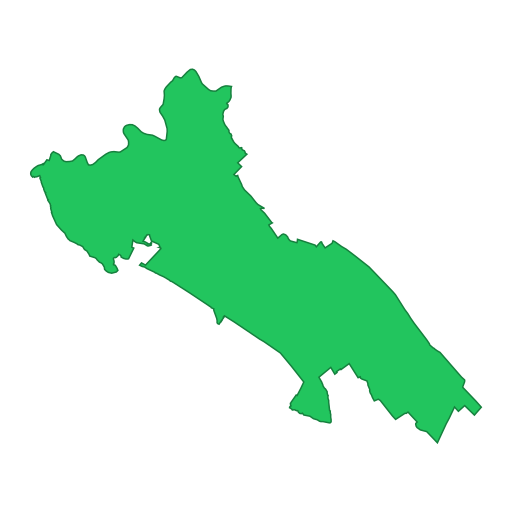 outline of Darabani, Botosani, Romania
{"feature_id": "2599482B62501591504482", "entity_name": "Darabani", "entity_type": "district", "adm_level": 2, "iso_a3": "ROU", "parent_name": "Romania", "parent_adm1": "Botosani", "projection": "albers", "projection_center": [26.601, 48.175], "detail": "fine", "context": "isolated", "style": "filled", "palette": "green", "viewbox_px": 512, "rotation_deg": 0, "n_neighbors": 0, "source": "geoboundaries", "source_scale": "gbopen_adm2", "svg_char_len": 5994}
<svg xmlns="http://www.w3.org/2000/svg" viewBox="0 0 512 512"><path d="M462.9,386.4L464.6,381.8L464.7,380.6L464.6,379.9L461.5,377.1L440.0,352.4L437.5,351.0L434.8,349.1L434.3,348.5L433.0,347.8L429.8,345.0L429.3,343.6L426.5,339.5L414.1,323.2L410.7,318.3L407.8,313.6L404.8,309.6L395.4,294.7L392.9,291.8L369.1,267.0L354.9,255.8L346.2,249.2L341.7,246.6L335.0,241.8L333.0,240.8L332.3,242.8L331.9,243.4L325.1,247.9L321.9,243.2L321.8,242.3L321.1,241.8L320.5,242.1L316.3,246.8L315.1,245.1L297.5,239.3L297.3,241.3L296.9,242.7L290.3,240.9L289.1,239.7L288.2,238.4L287.7,237.0L286.0,235.1L284.9,234.5L283.3,234.0L281.9,234.6L277.8,238.1L271.2,228.3L269.6,226.5L268.8,224.9L272.3,222.9L271.7,222.5L264.6,213.2L260.9,209.7L260.4,208.7L261.4,208.3L264.5,208.4L257.9,204.5L256.0,202.6L251.0,196.2L244.5,189.9L242.3,186.6L241.6,184.4L238.1,177.0L237.7,175.5L237.0,175.9L237.0,175.7L235.8,176.1L233.9,174.5L241.6,166.6L237.7,162.8L246.9,154.2L245.2,153.1L245.1,152.2L244.4,150.8L242.3,149.8L241.8,148.8L241.7,147.7L241.2,147.6L240.1,148.0L239.1,147.8L238.5,147.1L238.4,146.6L235.0,143.5L233.6,141.8L233.4,141.1L232.8,140.6L232.8,140.1L232.4,139.7L232.3,139.0L231.6,138.5L231.4,137.7L231.6,137.1L231.3,136.4L231.7,135.8L231.2,134.6L230.9,133.9L230.0,133.6L229.3,132.6L228.9,131.5L229.0,130.6L228.3,129.2L227.4,128.6L227.1,127.7L225.6,125.8L224.8,124.6L223.4,121.3L222.9,119.4L223.3,116.2L222.8,114.4L223.4,111.9L223.9,110.6L224.7,109.6L225.6,108.9L226.7,108.6L227.8,107.3L228.1,106.0L227.9,104.6L227.1,104.1L226.7,103.3L228.7,101.7L229.7,100.4L231.0,97.5L231.1,96.0L230.9,93.3L231.0,88.9L231.2,87.2L231.5,86.5L228.2,86.0L225.9,85.9L224.3,86.2L221.5,87.2L215.9,91.1L213.5,91.1L210.5,90.7L208.6,89.5L202.3,83.9L201.5,82.6L198.8,76.4L195.9,71.5L194.4,70.0L192.5,69.2L190.3,69.5L187.0,72.2L181.8,77.7L180.3,77.9L176.6,76.4L176.0,76.3L175.3,76.7L174.3,77.7L172.5,80.8L170.8,82.1L166.4,86.8L165.2,88.5L164.6,89.7L164.1,91.0L164.4,95.4L164.1,98.8L163.1,104.4L160.3,107.6L159.6,108.9L159.5,109.6L159.7,111.0L160.1,112.4L162.7,116.2L164.8,120.1L167.1,128.6L167.2,131.5L166.3,139.5L165.2,140.4L163.8,140.5L161.7,140.0L154.5,136.1L152.5,135.2L146.9,134.4L143.7,133.3L141.2,131.8L137.7,128.2L134.9,125.9L132.3,124.7L129.5,124.6L126.7,125.3L125.4,126.0L124.4,127.0L123.4,129.0L123.3,129.7L123.3,131.2L123.5,132.6L124.1,133.9L128.2,140.0L128.6,142.1L128.5,145.0L127.1,147.5L120.4,151.9L119.0,152.2L113.9,151.6L111.0,151.9L109.0,152.5L105.8,154.2L98.2,159.7L95.6,162.4L92.8,164.5L90.6,165.1L88.5,164.9L87.2,162.4L85.3,157.0L84.5,155.8L83.3,155.0L81.1,154.8L78.5,155.9L77.3,156.7L74.7,159.2L72.5,161.0L69.6,161.5L66.1,161.7L63.9,161.1L61.7,159.3L60.4,155.9L58.8,154.3L53.4,151.7L51.8,153.1L50.8,154.6L50.8,155.5L49.2,160.5L46.9,159.8L43.4,164.7L42.9,164.7L42.9,163.8L41.5,164.6L38.2,165.5L36.5,166.5L34.1,168.2L32.4,169.9L31.1,171.6L30.8,172.6L30.7,173.8L30.9,174.8L31.5,175.9L32.7,177.1L33.3,176.5L34.6,177.3L35.1,176.9L36.8,176.8L39.7,175.6L40.5,177.6L39.9,178.0L41.2,181.2L41.3,182.3L43.0,187.1L43.6,187.7L43.7,189.0L44.4,191.0L44.7,191.7L45.6,192.5L45.2,192.9L47.7,199.3L48.2,199.6L47.8,200.1L47.9,200.4L50.2,203.9L50.3,205.0L50.7,205.5L50.5,206.7L50.9,207.7L50.7,208.3L50.8,208.9L51.8,212.2L51.5,212.4L52.6,215.8L56.6,224.6L61.5,230.1L64.9,233.2L66.5,236.6L68.3,239.2L69.0,239.6L69.9,240.6L74.2,242.4L76.9,243.8L78.0,244.7L79.7,245.0L82.7,246.6L84.5,249.5L86.9,251.0L89.1,254.4L89.8,256.1L95.0,257.7L96.2,258.5L97.1,259.8L99.4,262.1L101.3,263.0L102.4,263.9L104.3,267.1L104.6,269.4L106.3,271.1L108.3,272.4L111.7,273.2L116.3,272.0L117.9,270.4L117.0,268.2L115.3,265.3L113.5,264.7L113.6,263.9L113.8,264.0L114.1,262.2L114.0,261.0L113.4,258.9L113.5,258.2L114.3,257.5L115.2,257.7L116.4,257.2L118.2,255.5L118.6,254.3L120.3,255.1L121.1,256.2L121.1,257.0L123.6,258.4L125.9,259.0L128.0,259.0L128.6,258.7L133.8,248.1L131.8,247.2L132.9,240.0L134.8,241.6L136.6,242.7L144.2,243.9L147.4,245.9L148.3,246.0L151.0,245.3L151.2,245.1L150.8,244.9L151.6,243.0L151.1,242.5L150.0,244.0L147.9,243.9L147.7,243.9L147.8,243.4L145.2,241.9L143.0,241.3L144.9,238.1L144.6,237.9L145.3,236.9L145.6,237.2L146.7,235.1L147.0,235.2L147.8,234.6L149.5,234.8L149.7,236.1L151.5,241.0L158.8,244.3L160.1,247.2L160.1,247.4L159.3,247.5L160.8,248.1L160.9,248.7L145.5,265.1L141.5,262.9L139.6,265.2L142.2,266.5L144.6,267.0L146.9,268.6L154.6,272.2L155.4,273.0L156.5,273.2L159.5,274.9L163.6,276.7L169.2,280.0L170.4,281.1L171.8,281.5L190.0,293.1L210.6,306.9L211.2,307.3L211.3,307.8L213.8,308.8L213.7,309.7L214.0,310.9L216.7,318.4L217.1,320.5L217.1,322.8L217.8,323.7L219.1,324.2L220.8,321.6L221.0,321.8L222.0,320.3L221.8,320.2L223.9,317.3L223.4,317.0L224.4,315.8L234.1,321.9L259.9,339.3L263.9,341.6L280.4,353.0L291.3,366.1L303.8,382.0L300.8,388.4L297.1,395.5L296.2,395.0L291.1,402.3L290.8,403.0L290.4,403.3L290.6,405.2L291.0,405.9L290.1,406.5L289.6,407.2L289.6,407.8L290.2,408.0L291.8,409.2L292.3,410.0L294.5,409.7L296.5,410.7L297.4,410.6L297.8,410.8L298.4,412.2L299.8,413.4L301.3,413.7L302.4,413.2L303.8,415.0L309.9,416.2L313.5,418.7L317.3,419.8L319.5,421.2L320.9,421.6L323.1,421.6L329.0,422.8L330.0,422.9L330.7,422.4L331.1,421.8L331.1,420.9L331.1,419.7L330.7,417.2L330.7,414.2L330.4,413.5L330.2,411.4L330.3,411.0L329.6,410.5L328.7,402.3L328.7,400.5L327.9,398.1L328.0,396.7L327.9,396.0L328.1,395.4L327.7,395.1L327.2,393.2L327.1,391.6L325.5,389.0L324.4,388.1L323.1,386.0L322.6,384.2L322.0,383.1L321.9,382.4L318.9,377.2L330.8,367.4L334.8,374.2L337.0,372.5L336.5,371.7L337.7,370.8L340.0,369.2L340.2,369.4L340.7,369.0L341.1,369.5L349.2,363.6L358.1,377.7L360.2,376.8L360.5,378.1L361.8,379.0L366.9,380.9L367.9,383.6L367.9,385.0L369.7,389.3L369.8,390.4L369.6,390.7L370.2,392.9L371.4,394.8L372.5,397.6L374.3,400.9L378.3,399.2L380.3,400.5L392.4,415.9L395.6,419.4L405.0,413.3L406.2,413.4L408.0,412.1L417.2,422.0L415.8,423.4L415.7,424.3L416.2,426.3L417.1,427.6L420.3,429.9L426.7,431.6L437.4,442.8L446.2,423.8L449.2,418.2L454.5,407.0L458.4,411.3L464.7,405.6L474.4,415.1L481.3,407.2L475.8,401.0L462.9,387.5L462.7,387.2L462.9,386.4Z" fill="#22c55e" stroke="#15803d" stroke-width="1.5"/></svg>